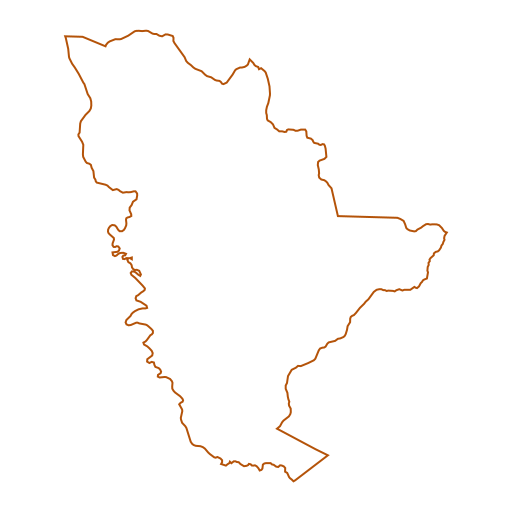 Sinop, Mato Grosso, Brazil
{"feature_id": "56859067B61328210802035", "entity_name": "Sinop", "entity_type": "district", "adm_level": 2, "iso_a3": "BRA", "parent_name": "Brazil", "parent_adm1": "Mato Grosso", "projection": "orthographic", "projection_center": [-55.512, -11.743], "detail": "fine", "context": "isolated", "style": "outline", "palette": "amber", "viewbox_px": 512, "rotation_deg": 0, "n_neighbors": 0, "source": "geoboundaries", "source_scale": "gbopen_adm2", "svg_char_len": 6014}
<svg xmlns="http://www.w3.org/2000/svg" viewBox="0 0 512 512"><path d="M249.7,59.4L247.9,64.5L246.6,65.7L244.6,66.9L242.0,67.5L240.1,67.5L236.3,69.2L235.1,70.3L232.6,74.6L226.7,82.6L223.5,84.1L222.1,83.7L220.8,81.9L219.5,80.9L216.5,80.5L214.9,79.9L211.2,77.3L207.0,76.1L205.1,74.7L201.6,71.2L195.3,68.8L193.3,67.4L190.9,65.1L187.8,62.8L186.2,61.0L184.6,57.2L174.5,43.1L173.4,41.0L173.5,37.8L172.7,36.0L167.8,34.5L165.5,34.4L162.1,36.3L159.3,35.7L156.5,34.0L154.2,34.0L152.5,33.6L148.1,31.0L146.1,30.7L142.2,31.1L138.8,30.8L136.3,30.9L134.7,31.3L128.2,35.7L121.2,39.0L119.6,39.3L115.3,39.2L109.7,41.4L107.8,42.7L106.1,44.8L105.5,46.3L82.6,36.8L65.2,36.3L65.8,38.0L68.2,48.8L69.0,56.9L69.4,58.3L72.1,63.7L74.8,67.5L78.7,73.8L83.3,82.6L84.4,84.1L87.7,94.1L90.3,98.2L91.2,101.6L91.3,105.6L90.8,108.5L89.3,111.1L85.5,114.9L80.9,121.2L80.2,123.6L79.6,132.6L78.4,134.4L78.5,136.1L82.1,141.8L83.3,144.8L82.9,154.4L83.2,156.9L85.7,161.7L86.9,163.0L89.3,163.7L90.9,164.9L91.6,167.7L93.4,171.1L94.1,177.6L95.4,179.6L95.8,181.4L96.8,182.6L105.5,184.7L107.5,185.6L108.8,187.0L112.8,190.1L116.7,189.1L118.6,189.9L119.9,191.1L122.9,192.7L126.5,192.1L128.4,192.3L130.9,192.1L133.9,191.3L135.5,191.3L137.1,193.5L137.2,195.4L136.5,199.3L133.0,201.7L131.6,205.1L129.7,207.6L129.5,210.4L131.2,214.2L131.3,216.0L129.5,217.0L127.5,217.5L126.3,218.3L126.0,219.8L126.4,223.3L126.2,225.4L125.0,228.2L123.9,229.9L122.1,231.2L119.6,231.2L118.1,229.7L116.3,226.7L114.7,225.3L112.2,225.0L110.3,226.1L108.9,227.9L108.1,229.7L108.0,231.6L108.4,232.9L109.6,234.3L113.8,238.0L114.0,239.6L112.6,243.4L112.5,245.2L113.6,246.9L115.1,247.0L116.7,246.2L118.3,246.5L119.7,248.4L119.0,250.5L117.5,251.8L112.5,252.4L113.0,255.1L114.9,256.1L116.5,255.5L117.9,254.2L119.5,253.2L121.1,252.9L123.3,252.8L126.0,253.8L125.2,255.3L123.3,255.6L122.4,256.9L123.0,258.9L124.6,259.1L126.4,258.1L128.4,258.2L127.3,259.8L128.4,262.2L130.4,263.3L131.6,265.1L132.0,267.4L133.1,269.0L134.8,270.0L136.8,269.8L139.2,270.8L140.9,274.5L140.2,275.9L138.3,274.7L135.5,272.3L134.2,271.6L131.9,271.4L130.7,273.0L131.4,274.8L135.3,278.0L142.6,285.6L144.9,288.4L144.7,289.9L143.3,291.2L141.2,292.5L138.1,295.2L136.3,296.1L135.6,298.2L136.4,300.4L140.6,301.8L146.5,305.7L147.1,307.9L145.5,308.4L142.6,308.4L138.6,309.3L135.0,311.1L132.8,312.7L131.5,314.1L130.5,316.0L126.4,320.0L125.6,322.4L126.5,324.4L128.6,325.3L130.8,325.0L136.2,322.7L137.7,322.7L139.2,323.4L145.7,324.6L147.0,325.2L148.4,326.3L151.4,329.0L152.9,330.8L152.9,333.0L151.8,334.4L150.4,335.2L146.9,340.0L145.5,341.5L143.4,342.6L144.0,344.5L147.3,346.4L149.5,348.4L151.7,350.8L152.7,353.1L152.2,355.5L147.3,359.2L147.1,361.6L149.4,363.0L151.7,361.9L153.9,362.5L154.4,364.9L155.4,366.9L158.7,368.1L160.2,369.6L161.1,371.7L160.6,373.2L158.0,374.9L157.8,376.6L159.6,377.5L164.6,377.0L166.1,377.1L170.1,379.0L171.9,381.2L172.5,382.8L172.2,386.4L172.3,388.7L173.6,390.9L175.1,392.5L180.2,396.3L182.4,398.7L183.1,400.3L182.6,401.7L180.6,402.8L179.2,404.3L182.1,409.5L182.3,411.1L180.8,417.9L181.0,419.5L182.1,422.8L185.3,426.2L186.4,428.0L190.7,441.7L192.1,443.8L193.6,445.0L195.7,445.8L200.4,446.2L202.8,447.1L204.9,448.6L208.2,452.5L209.8,454.0L214.2,457.3L215.6,457.7L217.4,457.0L220.5,458.5L222.1,460.2L222.1,462.2L221.1,464.0L225.9,465.6L227.6,464.2L229.4,463.1L229.9,461.7L231.4,463.2L233.8,461.3L235.5,461.3L236.8,462.0L238.7,462.2L240.4,464.0L244.0,466.2L246.6,465.8L248.1,465.1L248.9,463.9L250.7,464.3L251.8,465.5L253.5,465.6L254.9,465.3L256.6,466.2L258.4,468.2L259.7,470.5L261.4,469.9L262.4,468.6L262.9,464.6L264.3,463.5L266.1,463.1L270.6,463.1L271.9,464.4L273.7,464.8L276.1,466.6L278.2,467.0L280.1,465.3L281.7,465.5L283.8,466.4L285.2,468.0L285.1,471.7L287.2,472.9L289.1,477.1L290.0,478.2L291.7,479.5L293.5,481.3L295.2,480.3L327.9,455.3L315.5,449.2L277.0,428.7L280.0,426.2L282.1,422.3L283.5,420.6L288.9,416.4L290.3,414.1L290.8,412.2L290.7,408.6L289.1,405.7L288.8,403.7L289.3,401.7L288.4,399.3L287.8,396.6L287.4,392.8L285.7,388.8L285.7,385.5L287.0,383.0L288.0,376.1L291.7,369.8L295.9,367.7L298.0,365.9L300.8,366.1L308.1,363.1L313.8,360.3L315.3,358.8L318.8,350.3L320.1,348.5L322.3,347.7L324.2,347.5L325.6,346.6L327.3,343.7L328.7,342.4L335.1,340.9L337.9,338.8L340.3,338.4L343.5,337.0L344.8,335.8L345.7,334.1L347.0,329.9L347.6,326.2L350.1,322.2L350.2,318.6L350.8,316.9L352.2,315.8L353.9,315.1L355.9,313.0L359.9,307.9L364.1,303.8L365.7,301.7L368.4,299.3L373.8,291.9L376.6,289.8L379.3,289.2L381.3,289.2L383.2,290.1L384.8,290.1L386.7,291.0L388.2,290.6L393.0,290.9L394.7,291.4L396.4,290.2L399.3,289.2L402.4,290.5L404.3,289.8L410.3,289.8L414.4,286.9L415.6,287.7L417.0,288.1L419.0,286.4L420.7,283.2L422.1,281.8L422.9,280.4L424.3,279.5L426.9,278.5L428.0,272.3L427.4,270.7L427.7,267.0L428.7,264.9L428.5,262.9L429.8,261.1L429.5,259.6L430.6,258.0L433.7,255.3L433.9,253.4L435.7,251.9L437.8,251.4L439.1,250.3L440.9,247.6L441.5,245.5L442.7,244.1L443.4,241.9L444.5,239.8L444.1,238.2L444.6,235.8L446.8,232.5L445.1,231.9L443.8,230.9L441.9,228.0L439.1,225.2L436.7,224.4L432.4,224.3L430.2,224.6L428.0,224.0L426.1,224.2L422.9,226.2L421.2,227.6L417.4,229.6L415.9,231.1L414.3,231.4L409.8,230.5L407.5,229.2L406.3,228.0L405.1,224.2L403.6,220.9L400.4,219.0L397.4,217.8L337.9,216.1L331.5,188.3L328.6,185.1L327.3,182.7L325.9,181.3L324.3,180.2L321.3,179.5L319.2,177.6L318.7,175.1L319.1,173.4L318.8,169.5L317.8,165.1L318.1,162.0L319.6,160.6L324.4,158.9L326.4,156.9L325.6,148.7L324.9,145.9L324.1,144.4L322.6,144.1L320.7,145.0L319.3,144.7L318.1,143.7L314.2,142.9L313.2,141.6L312.7,140.2L310.9,138.6L307.3,137.7L306.6,135.8L306.3,131.4L305.2,129.6L300.9,129.6L297.7,130.7L295.6,130.8L293.5,129.8L288.3,129.4L287.0,130.0L286.3,131.7L284.6,132.0L282.1,131.3L279.2,131.3L277.0,129.4L274.5,127.9L273.0,124.4L270.7,122.1L267.7,120.4L267.0,118.9L266.8,115.1L266.2,113.0L266.2,110.2L266.9,106.8L268.3,103.1L269.9,95.5L270.0,93.8L269.5,86.4L267.8,78.8L265.7,72.5L264.6,71.1L261.1,68.2L259.0,69.2L258.2,67.0L255.8,66.1L254.4,64.9L253.3,63.0L249.7,59.4ZM129.9,258.1L131.8,257.5L131.8,259.2L129.9,258.1Z" fill="none" stroke="#b45309" stroke-width="2"/></svg>